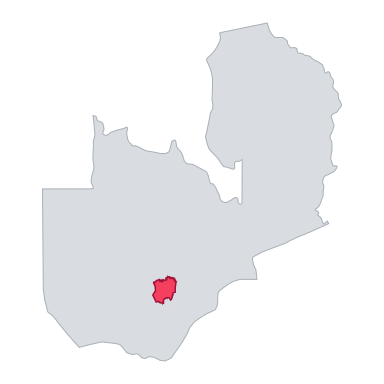 location of Namwala, Southern, Zambia
{"feature_id": "96606910B54328368707661", "entity_name": "Namwala", "entity_type": "district", "adm_level": 2, "iso_a3": "ZMB", "parent_name": "Zambia", "parent_adm1": "Southern", "projection": "equal_earth", "projection_center": [26.749, -15.957], "detail": "fine", "context": "in_parent", "style": "filled", "palette": "rose", "viewbox_px": 384, "rotation_deg": 0, "n_neighbors": 0, "source": "geoboundaries", "source_scale": "gbopen_adm2", "svg_char_len": 7092}
<svg xmlns="http://www.w3.org/2000/svg" viewBox="0 0 384 384"><path d="M256.9,279.4L239.9,279.4L233.8,281.2L228.7,283.9L222.7,288.2L219.2,291.1L218.2,292.8L217.7,296.4L217.7,302.0L217.1,306.0L215.2,309.7L206.1,314.1L200.1,317.8L194.2,322.1L189.8,327.6L186.7,334.5L181.7,343.0L171.1,358.1L165.1,361.0L160.0,360.3L153.8,357.2L148.9,356.6L145.3,358.5L141.9,357.9L138.8,354.7L136.3,353.6L134.2,354.4L131.5,354.3L126.7,352.6L122.4,347.1L120.1,344.9L118.4,344.1L113.3,343.2L101.8,341.9L89.8,344.6L79.2,347.4L68.4,335.3L57.9,322.5L55.7,319.3L51.8,315.0L48.9,312.9L47.8,311.9L44.9,300.5L43.3,290.0L42.5,188.9L90.1,188.9L93.2,188.5L93.3,187.4L91.1,182.0L91.2,180.0L91.7,176.4L93.8,169.0L93.9,166.5L92.9,158.5L93.0,154.1L93.5,145.0L93.2,141.9L94.3,137.9L94.7,135.2L95.1,134.0L94.6,130.9L93.6,120.1L93.0,115.6L95.9,116.3L96.8,118.5L97.4,120.9L98.7,121.1L102.1,122.5L103.2,124.5L104.0,128.8L103.6,131.0L102.5,132.8L103.6,134.4L105.9,135.5L107.2,135.1L111.0,132.2L114.5,131.1L116.3,130.3L124.2,128.4L125.8,127.3L126.9,127.3L127.7,128.2L127.0,131.2L126.7,134.0L127.7,139.1L128.5,141.5L130.1,143.2L131.3,144.1L132.6,146.0L135.4,145.7L141.4,148.3L143.2,149.5L145.8,150.7L147.6,151.1L153.8,152.1L160.4,153.5L163.8,153.6L166.2,153.3L167.9,152.5L168.9,151.7L169.4,151.0L171.9,141.3L173.1,140.5L174.8,140.0L175.7,140.9L176.8,147.0L181.5,152.6L183.2,157.2L184.3,161.2L185.4,162.3L187.2,163.7L190.0,164.1L192.6,164.3L205.4,171.1L206.8,172.3L208.4,175.9L209.3,180.0L210.3,183.2L211.9,183.8L213.4,184.1L214.9,186.3L216.0,188.2L219.7,196.2L220.2,199.4L222.1,201.5L224.5,202.4L226.8,202.5L228.2,201.6L231.4,199.9L234.0,198.1L235.9,197.4L236.9,197.8L237.8,199.1L238.3,203.1L240.1,204.4L241.5,203.9L242.0,202.3L242.0,201.5L242.2,159.8L241.0,160.1L239.5,161.3L236.1,161.4L234.8,162.3L234.4,163.7L234.7,165.4L234.7,167.8L234.2,168.9L232.7,169.3L230.6,168.4L226.7,167.2L223.5,166.5L221.1,163.3L218.0,158.6L215.9,156.2L211.0,151.3L210.1,150.3L208.6,148.0L207.3,144.1L206.1,139.6L205.4,136.7L206.7,132.2L209.6,117.7L210.3,113.2L212.7,108.6L212.9,104.5L211.9,99.2L212.2,96.3L212.6,79.7L211.9,74.4L210.3,68.6L206.7,60.5L206.7,58.7L212.3,53.4L213.9,51.5L216.8,47.2L218.8,43.5L220.0,40.6L220.5,36.8L219.5,33.1L221.4,32.4L267.2,23.0L267.9,25.5L269.2,29.7L270.8,32.7L272.7,35.4L274.4,37.0L275.5,37.5L282.6,37.4L285.1,39.0L287.3,41.0L287.8,44.2L289.3,46.2L290.8,47.8L291.5,48.0L292.6,47.6L294.5,47.6L296.3,48.2L297.1,48.9L297.2,51.6L297.7,52.8L300.1,53.3L302.5,53.5L304.8,55.3L307.4,55.6L310.3,56.4L311.7,58.3L314.8,60.3L318.6,62.1L322.7,65.0L322.8,66.0L323.5,67.7L324.2,68.9L324.3,70.8L324.6,72.5L325.7,72.9L326.6,73.0L327.4,71.8L328.5,71.8L329.8,72.6L330.2,74.6L331.1,77.2L332.7,79.0L333.7,80.8L333.3,83.9L332.6,86.8L334.7,89.7L337.4,92.4L338.2,93.6L338.4,97.7L338.8,99.0L340.6,102.4L341.5,104.6L341.4,105.9L336.4,112.5L333.3,113.6L331.9,114.9L331.1,116.3L333.1,123.0L334.1,125.5L333.2,128.6L331.2,133.9L330.3,134.4L330.1,138.5L330.7,139.9L331.6,141.1L332.0,143.8L331.9,150.6L330.6,158.3L332.7,165.1L333.5,165.8L336.6,165.9L337.1,166.4L336.4,168.4L334.2,171.3L330.2,173.6L324.5,176.2L323.3,178.6L322.5,182.1L323.1,184.2L323.9,185.4L323.6,188.5L323.1,191.7L323.2,194.3L323.0,196.6L322.2,197.7L321.2,201.1L319.9,204.5L319.0,206.1L317.5,207.7L315.3,209.1L315.3,209.8L317.8,211.4L318.5,212.5L318.7,213.2L317.6,215.0L318.8,216.0L320.2,216.9L321.5,219.2L323.1,223.5L323.3,223.9L323.8,224.0L324.6,223.5L326.2,221.8L327.3,221.1L328.7,223.6L304.9,234.2L299.3,236.4L291.0,240.2L288.3,241.5L286.1,242.9L264.1,251.2L260.6,252.8L252.8,257.1L252.6,257.8L252.6,259.7L253.3,263.7L254.6,267.3L255.8,269.3L256.5,274.7L256.9,279.4Z" fill="#d9dde1" stroke="#a8b0b8" stroke-width="1"/><path d="M170.6,300.1L171.4,299.3L171.5,299.1L172.0,297.6L172.2,297.3L172.2,297.2L172.1,296.9L172.3,296.6L172.3,296.2L172.3,295.8L172.4,295.7L172.5,295.6L172.7,295.4L172.8,295.4L172.9,295.2L172.8,294.9L172.8,294.7L172.7,294.5L172.8,294.4L172.7,294.3L172.8,294.2L172.8,293.6L172.9,293.3L172.9,293.1L173.3,292.9L175.2,292.2L175.3,287.4L175.4,285.9L176.0,282.6L175.8,282.5L175.9,282.2L175.7,282.0L175.6,281.8L175.7,281.7L175.8,281.6L175.5,281.6L175.6,281.4L175.4,281.3L175.5,281.1L175.5,280.9L175.3,280.8L175.3,280.7L175.2,280.7L174.9,280.6L174.7,280.4L174.8,280.1L174.7,279.9L174.9,279.7L174.7,279.4L174.6,279.1L174.7,278.9L174.4,278.7L174.3,278.3L174.2,278.3L174.1,278.6L173.8,278.8L173.6,279.0L173.6,278.8L173.5,278.7L173.4,278.8L173.3,278.7L173.2,278.6L173.0,278.4L172.9,278.3L172.8,278.2L172.8,277.9L172.7,277.7L172.5,277.8L172.3,277.5L172.2,277.5L171.8,278.0L171.5,277.9L171.3,278.0L171.2,277.8L170.9,277.8L170.7,277.8L170.7,278.1L170.6,278.4L170.5,278.5L170.3,278.6L170.2,278.5L170.0,278.4L170.0,278.1L169.9,277.9L170.0,277.7L169.9,277.5L169.8,277.4L169.7,277.3L169.7,277.2L169.8,277.1L169.8,276.9L169.7,276.8L169.5,277.0L169.4,277.0L169.3,276.7L169.2,276.7L169.1,276.8L169.2,277.0L168.9,277.0L168.8,276.8L168.7,276.8L168.3,276.9L168.2,276.9L168.2,277.1L167.9,277.0L167.8,276.9L167.8,277.0L167.7,277.2L167.3,277.4L167.0,277.4L166.8,277.5L166.7,277.6L166.6,277.9L166.6,278.0L166.8,278.2L166.8,278.3L166.7,278.5L166.6,278.4L166.4,278.2L166.3,278.3L166.4,278.6L166.2,278.5L166.1,278.4L165.9,278.3L165.9,278.5L166.1,278.7L166.1,278.8L166.3,279.2L166.4,279.7L166.4,279.9L166.1,280.1L165.7,280.1L165.3,280.0L165.1,280.0L164.6,280.3L164.4,280.2L164.2,280.3L163.9,280.5L163.6,280.7L163.3,280.6L163.2,280.5L163.1,280.3L163.1,280.1L163.1,279.9L162.9,280.0L163.1,280.7L163.1,280.8L162.9,281.0L162.9,280.9L162.6,280.5L162.4,280.3L162.4,280.7L162.4,280.8L162.4,281.0L162.2,281.0L162.0,281.5L161.9,281.6L161.8,281.4L161.7,281.3L161.6,281.2L161.4,281.2L161.5,280.9L161.4,280.6L161.2,280.4L161.1,280.5L160.7,281.0L160.2,281.3L160.0,281.5L159.9,281.5L159.9,281.4L159.8,280.8L159.9,280.2L159.9,279.8L159.8,279.5L159.7,279.4L159.4,279.4L159.1,279.7L158.9,279.9L158.7,279.9L158.2,279.9L158.1,280.0L157.9,280.3L157.7,280.4L157.2,280.3L156.6,280.5L156.4,280.8L156.1,280.9L155.9,281.1L155.9,281.3L155.6,281.8L155.3,281.9L155.2,281.9L155.2,282.0L155.3,282.2L155.2,282.3L154.9,282.4L154.6,282.3L154.4,282.3L153.8,282.2L153.7,282.2L153.6,282.5L153.6,282.8L153.8,283.3L154.0,283.8L154.2,284.2L154.4,284.6L154.6,285.0L154.8,285.5L154.9,285.9L154.9,286.2L155.1,286.6L155.3,287.5L155.3,288.5L155.5,289.8L155.5,290.4L155.4,290.6L155.4,290.9L155.3,291.2L155.0,291.5L154.8,291.6L153.3,294.2L152.8,295.1L156.0,301.7L156.1,302.0L158.2,301.5L158.3,301.5L158.5,301.5L158.8,301.6L158.8,301.8L159.0,301.8L159.1,302.0L159.3,302.1L159.5,302.3L159.8,302.5L160.0,302.7L160.1,302.8L160.4,302.8L160.5,302.7L160.7,302.8L160.8,302.8L161.0,302.9L161.3,302.8L161.5,302.8L161.8,302.9L162.1,302.9L162.1,303.0L162.3,303.1L162.5,303.1L162.8,303.2L162.8,303.3L162.9,303.2L162.9,303.3L163.0,303.3L163.3,303.3L163.4,303.5L163.4,303.3L163.5,303.3L163.5,303.2L163.6,300.1L163.6,299.8L163.8,299.6L163.9,299.4L164.0,299.3L164.2,299.2L164.4,299.1L164.5,299.0L164.6,298.7L164.9,298.7L165.0,298.6L165.3,298.5L165.5,298.5L165.5,298.4L165.6,298.2L165.8,298.2L166.0,298.0L166.1,297.9L166.4,297.8L166.5,297.8L166.8,297.7L166.9,297.8L166.9,297.7L169.1,297.7L170.6,300.1Z" fill="#f43f5e" stroke="#9f1239" stroke-width="1.5"/></svg>